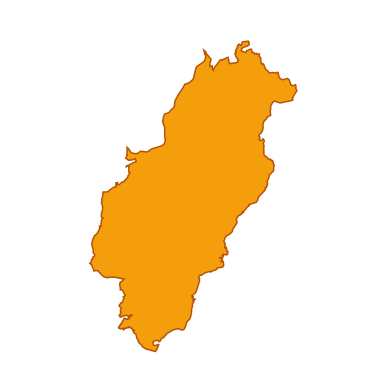 Sighetu Marmatiei, Maramures, Romania (Robinson projection), rotated 311°
{"feature_id": "2599482B88825204497401", "entity_name": "Sighetu Marmatiei", "entity_type": "district", "adm_level": 2, "iso_a3": "ROU", "parent_name": "Romania", "parent_adm1": "Maramures", "projection": "robinson", "projection_center": [23.83, 47.897], "detail": "fine", "context": "isolated", "style": "filled", "palette": "amber", "viewbox_px": 384, "rotation_deg": 311, "n_neighbors": 0, "source": "geoboundaries", "source_scale": "gbopen_adm2", "svg_char_len": 6022}
<svg xmlns="http://www.w3.org/2000/svg" viewBox="0 0 384 384"><g transform="rotate(311 192 192)"><path d="M266.2,236.3L266.3,235.4L267.4,234.3L267.7,233.1L268.3,232.9L268.0,232.3L268.4,231.8L267.9,231.0L268.3,229.8L267.5,229.5L267.0,226.4L267.5,225.6L267.1,224.7L267.3,221.8L269.1,220.2L269.2,219.6L270.1,219.4L270.6,218.5L271.1,218.5L271.8,217.6L274.1,216.1L275.3,214.0L277.0,213.6L278.4,212.5L278.7,210.7L277.2,210.9L275.6,209.7L275.4,209.1L276.1,208.1L277.2,207.9L277.9,206.9L278.0,206.1L279.1,205.1L281.9,205.4L284.3,205.0L287.2,203.5L289.6,201.1L292.7,199.9L296.3,200.1L298.2,199.7L301.4,201.1L304.6,197.7L306.8,196.6L307.8,195.2L312.1,194.2L314.6,194.3L317.0,200.1L327.3,207.8L328.8,206.3L331.3,205.6L337.4,204.7L338.4,202.2L340.0,201.1L340.9,199.7L338.9,198.9L337.9,197.6L337.8,195.9L338.8,194.8L340.4,191.6L340.4,189.6L336.2,186.8L335.4,184.3L335.8,182.8L336.2,181.7L338.2,179.3L338.6,178.4L338.1,177.6L337.0,177.6L335.3,174.7L333.6,173.4L332.7,171.9L333.1,168.9L332.9,167.3L335.2,162.5L335.4,161.2L334.3,160.6L334.7,160.1L334.9,159.1L338.1,156.1L338.8,153.2L340.4,152.3L338.5,150.7L339.0,149.9L337.3,148.9L337.9,147.3L336.6,145.8L338.7,143.4L338.3,142.5L334.4,140.5L332.6,141.1L330.7,136.8L332.0,135.8L334.4,135.7L340.0,138.6L340.9,138.5L341.3,137.3L342.2,137.1L342.8,135.6L338.7,131.8L336.9,131.9L335.7,132.9L334.7,132.9L334.6,130.7L333.8,130.3L331.8,130.5L331.8,131.1L326.9,132.3L326.9,133.0L325.9,134.0L325.0,133.4L323.4,135.4L322.6,137.6L322.2,140.0L321.9,140.5L321.5,140.1L319.7,141.4L313.4,136.0L317.3,130.8L312.9,128.7L312.3,128.7L311.1,128.0L311.3,127.7L310.1,126.7L300.3,127.3L297.8,128.2L298.5,126.8L298.5,126.1L300.4,124.6L298.5,123.0L301.0,121.0L304.0,119.8L304.8,119.1L305.9,111.7L306.7,110.8L306.8,107.9L304.6,110.9L303.4,113.6L299.6,115.3L297.2,115.2L290.0,113.4L288.7,113.4L278.9,118.5L276.9,118.8L272.7,118.2L268.4,115.9L267.8,116.0L265.4,116.7L257.3,117.7L250.3,119.2L248.4,120.0L245.3,122.4L244.0,122.8L239.7,122.3L236.6,122.4L233.0,120.3L230.3,121.0L226.3,123.4L224.9,125.1L222.9,129.0L216.3,134.7L213.2,138.3L210.3,139.4L207.2,139.1L198.6,133.6L192.7,131.8L189.0,126.4L185.7,125.7L183.8,124.2L181.9,120.9L181.9,119.6L183.1,115.7L183.2,113.7L178.2,118.0L177.6,118.1L177.7,118.8L174.0,119.8L174.2,120.5L174.3,123.4L177.5,126.2L179.9,127.3L178.5,129.7L170.3,126.4L168.8,125.4L168.0,125.9L170.5,127.0L165.3,131.5L165.6,132.7L163.4,133.1L162.5,132.9L161.2,133.8L154.8,133.7L153.6,132.7L150.0,132.3L149.8,131.7L148.6,131.3L149.1,130.0L150.2,129.7L149.0,128.6L147.8,129.9L146.8,130.2L146.1,131.3L145.0,130.2L142.4,129.2L137.0,128.3L135.0,126.5L134.1,125.2L133.4,124.9L130.3,127.4L127.8,128.4L125.9,130.0L124.3,130.8L123.6,132.4L121.6,134.9L119.2,136.6L116.7,137.5L113.9,139.7L113.5,141.1L114.1,141.8L112.1,141.9L110.6,142.5L110.1,143.2L108.8,143.8L106.5,145.8L105.8,145.6L105.5,144.6L104.3,146.0L101.0,147.2L100.2,147.1L98.7,147.6L94.8,147.2L91.2,148.2L86.5,150.8L83.5,155.6L81.4,157.1L81.0,159.3L80.4,160.2L79.0,160.5L78.3,159.9L75.9,160.9L75.5,160.4L73.2,161.6L72.7,162.2L71.1,161.6L71.0,164.4L68.1,169.9L68.9,170.2L70.9,172.7L71.0,173.2L70.5,173.6L70.6,175.0L70.1,179.0L70.2,181.2L71.7,183.9L71.5,184.3L72.0,184.3L73.8,186.0L77.3,189.9L79.0,193.3L79.7,193.5L79.8,194.8L80.8,195.6L80.5,197.1L81.4,197.9L78.2,197.6L76.9,197.0L75.2,197.8L73.9,198.9L72.8,200.8L71.1,202.1L72.1,202.9L72.2,204.2L70.1,208.9L70.3,209.1L70.1,209.5L68.4,209.4L68.0,208.9L67.4,209.3L67.3,210.1L63.5,211.7L62.6,211.7L61.8,211.1L58.5,211.5L58.1,212.1L58.2,213.1L57.9,213.6L58.2,214.2L57.9,215.0L55.7,215.5L54.2,217.4L53.3,217.5L52.8,218.4L51.1,217.9L51.1,218.8L50.5,219.8L51.7,220.9L53.7,221.6L55.6,223.1L56.4,224.6L56.1,225.6L57.0,225.6L59.3,226.5L59.6,227.5L57.5,227.2L56.5,226.4L55.7,226.2L55.2,226.9L54.6,226.7L55.0,227.3L53.8,227.0L52.7,225.4L52.9,224.4L51.8,223.6L51.0,224.2L48.8,224.3L48.7,224.8L45.5,224.8L45.4,225.2L43.7,225.1L42.9,225.7L41.8,225.2L41.2,226.4L42.0,228.1L43.4,229.2L43.2,230.7L44.4,230.2L44.3,230.9L45.7,231.1L46.3,232.1L48.0,232.3L48.7,232.7L48.2,233.2L49.1,233.6L49.2,235.3L49.9,236.2L49.0,237.0L49.4,237.3L49.2,238.2L49.5,239.0L48.7,238.7L48.6,239.4L48.1,239.4L47.6,240.1L47.8,243.1L45.1,246.9L44.9,248.8L43.7,249.9L43.7,250.6L43.4,250.8L43.4,253.8L42.8,256.1L43.2,259.9L47.6,269.0L50.5,268.7L55.0,267.0L54.9,266.6L51.9,265.1L51.4,263.9L51.6,262.7L52.3,261.6L54.1,261.0L57.3,262.7L57.4,264.2L57.8,265.8L61.4,265.2L63.0,265.4L63.6,266.2L64.4,265.8L66.8,266.2L68.2,265.8L75.8,268.4L79.4,270.8L81.3,275.1L82.9,276.1L86.0,275.4L90.3,273.4L94.8,273.6L96.5,273.0L100.0,271.1L103.7,268.3L106.9,266.9L107.7,265.6L109.8,265.6L110.3,265.0L111.6,264.9L111.2,264.7L111.6,264.3L111.2,264.1L112.1,264.0L111.9,263.5L112.1,263.3L112.7,263.6L112.0,262.2L113.0,261.8L112.8,261.4L113.2,261.8L113.6,261.6L112.9,261.2L113.0,260.7L113.5,260.6L113.4,260.0L118.4,260.7L119.6,260.5L129.8,256.0L131.5,254.5L131.3,253.7L132.9,252.7L134.6,252.6L135.4,253.8L139.4,254.8L142.7,256.8L143.4,257.4L143.9,258.7L144.7,258.6L149.6,261.4L150.6,260.9L151.6,261.3L155.5,264.4L157.4,264.1L159.8,261.5L158.9,260.2L159.7,259.9L160.0,260.3L160.4,260.0L159.4,259.4L158.9,259.7L158.9,259.2L160.0,259.2L161.5,258.4L161.3,257.7L161.6,257.4L161.1,257.1L161.0,256.4L159.8,256.1L161.1,256.1L162.1,257.8L163.1,258.1L164.5,257.4L164.7,256.9L164.3,256.2L164.9,256.0L165.5,256.4L165.7,257.2L167.5,259.5L168.5,259.7L168.8,259.0L170.5,258.4L170.3,257.3L170.8,256.8L170.8,256.1L172.4,254.9L172.4,254.2L173.1,253.4L171.7,254.3L171.5,254.1L171.9,253.0L172.7,252.7L173.1,251.7L173.9,251.7L174.5,251.2L175.3,249.9L175.4,248.4L180.6,246.7L181.9,246.9L184.8,248.1L188.6,248.4L190.3,247.2L197.8,246.3L199.2,245.4L199.7,244.2L200.3,243.6L201.3,243.0L204.2,242.6L207.6,243.9L208.6,243.6L209.5,243.9L209.0,243.2L210.0,243.1L211.4,243.7L215.0,243.9L216.2,243.5L219.5,244.1L219.9,243.8L220.0,243.3L226.3,247.2L229.2,246.9L230.8,245.8L232.2,245.5L241.5,245.9L243.0,245.3L243.1,244.5L244.0,245.0L245.8,244.7L248.4,243.3L248.6,242.3L249.0,241.8L253.4,240.6L255.4,239.3L261.8,239.6L262.6,238.7L266.2,236.3Z" fill="#f59e0b" stroke="#b45309" stroke-width="1.5"/></g></svg>